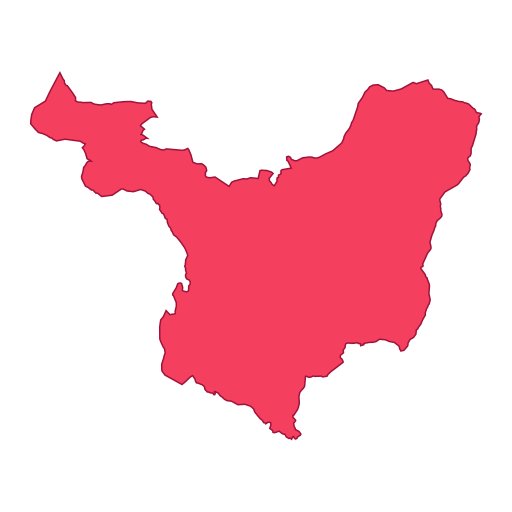 outline of Albac, Alba, Romania
{"feature_id": "2599482B24206442274336", "entity_name": "Albac", "entity_type": "district", "adm_level": 2, "iso_a3": "ROU", "parent_name": "Romania", "parent_adm1": "Alba", "projection": "mercator", "projection_center": [22.961, 46.463], "detail": "fine", "context": "isolated", "style": "filled", "palette": "rose", "viewbox_px": 512, "rotation_deg": 0, "n_neighbors": 0, "source": "geoboundaries", "source_scale": "gbopen_adm2", "svg_char_len": 6045}
<svg xmlns="http://www.w3.org/2000/svg" viewBox="0 0 512 512"><path d="M400.8,351.0L403.8,350.4L407.2,346.6L407.8,345.6L408.0,343.2L410.1,339.4L413.5,337.5L415.9,334.2L416.3,329.9L417.7,329.0L418.4,327.4L420.8,324.1L422.6,319.8L425.3,315.1L425.3,312.7L426.6,308.7L427.7,306.9L428.2,305.2L429.2,303.9L430.2,299.9L428.9,293.3L429.5,285.7L429.2,284.0L427.4,279.4L427.1,277.9L425.9,277.0L425.2,274.5L420.8,268.5L420.9,267.5L422.9,266.3L423.1,265.8L422.7,264.0L427.5,253.3L430.7,249.2L431.0,247.9L430.8,245.8L429.9,242.3L432.0,234.9L433.7,231.0L434.9,227.3L435.6,226.1L435.9,223.3L437.2,220.7L440.2,218.1L441.6,216.5L442.0,214.5L440.6,210.3L440.9,209.2L440.2,205.8L440.6,205.1L440.7,203.7L439.8,200.3L439.9,198.8L445.0,191.9L457.4,184.8L458.7,183.5L463.6,177.2L465.7,175.9L468.1,173.2L470.0,169.5L469.6,167.9L470.3,164.6L469.8,163.3L468.0,160.5L467.7,158.9L467.9,157.8L470.3,155.8L470.7,154.8L471.1,153.3L471.1,148.5L472.5,145.5L475.9,134.4L476.2,133.1L476.1,131.5L476.7,130.1L476.6,126.8L476.8,125.7L478.6,123.0L479.1,121.2L479.4,119.3L478.9,117.0L479.7,115.6L481.3,113.9L480.6,113.4L477.1,112.7L476.1,112.0L475.2,109.8L474.4,108.9L473.2,108.4L468.8,104.1L466.4,103.1L464.7,102.9L462.6,101.8L459.2,101.5L454.7,100.4L450.5,98.7L447.8,98.4L443.8,91.9L441.8,90.0L438.8,89.1L433.9,89.2L432.8,88.7L431.6,85.6L429.0,82.9L427.9,80.0L416.4,83.7L413.1,82.4L401.1,89.0L393.3,91.1L386.6,90.5L384.5,88.0L378.2,84.7L373.1,85.1L369.7,86.8L367.7,89.6L365.0,92.1L362.4,97.5L358.3,103.3L357.6,107.0L353.0,120.6L351.6,122.6L350.9,125.2L349.4,128.5L346.0,132.8L344.2,136.2L343.5,139.2L341.7,143.0L332.7,150.8L325.8,153.8L319.7,157.1L317.0,158.0L314.6,158.0L311.8,157.1L308.4,157.1L302.7,157.8L296.9,160.7L294.9,160.8L291.3,159.3L290.5,157.4L289.4,156.7L288.5,156.3L286.6,156.9L286.9,160.4L288.1,161.3L291.3,168.1L282.0,169.7L281.0,170.6L280.9,174.0L278.5,175.1L278.4,177.4L277.3,177.7L276.9,179.2L277.1,180.6L276.8,181.7L274.2,185.8L272.1,184.4L271.1,182.6L269.4,180.7L269.3,178.8L269.1,178.5L273.1,173.5L271.6,172.1L266.8,170.5L261.4,170.2L260.0,170.6L258.1,178.5L250.6,177.7L246.7,179.0L243.3,178.7L234.3,181.0L231.7,182.2L229.1,186.4L215.0,177.0L210.5,177.7L208.9,177.7L206.2,177.0L205.3,175.6L205.5,174.0L205.3,172.6L206.3,171.5L206.7,170.3L205.8,167.1L203.5,164.9L201.6,163.7L197.2,163.9L192.9,162.3L190.9,154.7L188.8,149.8L187.8,148.4L184.4,150.0L182.2,150.3L166.3,148.9L163.7,150.0L160.7,149.6L156.1,147.6L149.5,146.3L146.3,144.3L143.1,143.3L141.1,142.1L140.6,141.5L141.5,140.1L143.2,139.9L146.0,138.2L147.3,138.3L143.0,135.1L141.0,134.5L141.6,133.8L143.0,130.4L144.5,129.2L140.4,125.7L141.9,123.8L150.5,117.4L153.5,116.7L157.2,117.1L151.9,109.2L151.3,104.1L151.8,102.8L150.9,101.4L147.8,101.1L145.5,103.3L137.9,102.9L130.9,101.5L124.6,101.6L114.0,102.7L111.0,104.5L109.8,103.7L106.3,103.8L100.9,105.0L95.1,104.3L93.0,103.6L91.1,102.4L82.8,102.6L80.8,102.2L77.8,102.1L75.5,100.7L75.6,97.5L72.2,92.4L67.4,85.8L65.9,85.3L64.5,83.0L64.3,80.7L62.9,78.8L59.9,72.7L49.9,91.6L45.4,101.1L34.6,107.7L31.7,114.5L30.9,119.8L30.7,123.8L34.9,128.8L38.5,132.5L42.7,133.6L46.7,135.3L50.0,137.6L52.0,138.1L53.2,139.4L56.5,140.9L65.0,139.2L80.2,141.2L83.0,143.0L85.2,143.8L84.2,145.9L82.3,147.7L83.9,149.7L85.8,154.0L86.2,156.0L86.7,156.5L86.7,157.8L87.2,158.9L89.4,159.8L91.3,161.1L88.3,161.3L86.8,162.7L84.7,166.4L83.7,167.3L82.8,172.3L81.5,176.5L81.8,178.8L85.5,186.2L88.2,187.5L91.3,190.0L93.0,190.0L95.8,193.1L97.6,193.2L101.6,196.5L112.2,195.2L121.4,189.0L123.0,189.0L127.1,191.0L133.4,191.7L140.7,189.5L145.3,191.1L148.2,193.6L149.8,194.0L153.0,197.0L153.2,199.0L155.4,201.8L155.9,202.9L156.5,203.6L158.0,203.4L158.3,204.4L159.5,205.0L159.9,207.5L159.5,209.3L162.1,213.3L163.6,214.0L165.3,218.3L167.1,219.5L167.4,222.5L168.9,226.2L170.8,228.4L171.1,230.3L172.2,231.7L173.6,234.8L176.7,237.1L181.3,242.8L184.9,248.1L187.1,253.3L187.7,255.6L185.7,259.8L185.5,262.8L185.3,263.5L185.5,264.1L184.7,266.3L185.6,268.3L185.5,269.7L186.5,273.2L185.7,274.3L185.5,275.9L185.9,277.7L187.1,279.2L189.0,279.9L190.2,281.6L190.1,284.3L188.7,286.0L188.6,290.0L188.0,291.2L186.7,291.9L183.1,291.0L182.4,290.3L182.7,287.4L181.5,283.4L180.5,283.0L179.0,283.1L177.7,283.8L176.2,287.9L172.7,293.6L172.7,295.0L173.5,295.7L176.3,302.7L176.3,306.4L175.1,311.2L175.3,313.2L174.8,313.9L169.9,314.6L166.1,310.6L163.4,316.6L160.8,319.8L160.4,321.8L159.7,327.2L159.8,338.9L160.8,341.8L163.3,347.1L164.5,348.8L165.2,353.0L164.4,354.9L163.6,358.3L161.7,364.2L161.8,370.0L162.1,371.2L165.0,375.1L182.0,384.5L185.0,382.1L190.2,377.1L192.6,375.6L195.1,379.3L195.5,381.3L196.5,382.9L198.0,383.1L202.2,384.8L203.6,385.8L204.6,387.3L205.0,389.5L207.3,392.0L208.1,391.9L209.9,392.7L212.5,393.1L213.3,393.5L213.6,394.5L214.7,394.7L214.9,394.5L215.2,393.3L214.6,391.6L215.0,391.5L218.2,393.1L220.3,395.9L221.7,396.7L224.5,399.3L226.9,400.6L231.5,401.2L237.9,404.7L244.9,404.3L250.4,406.1L253.9,409.1L254.0,410.2L255.1,412.5L260.0,418.5L262.4,420.4L263.6,422.6L265.0,422.8L265.6,423.8L266.6,423.4L267.4,422.5L268.4,422.3L270.2,422.4L270.7,422.8L270.9,425.1L269.7,428.4L272.4,430.4L273.0,431.5L273.0,432.4L274.7,432.7L279.1,431.2L281.9,433.4L283.6,434.2L285.0,434.4L286.3,436.9L288.9,438.5L290.1,438.1L291.6,439.3L292.7,436.7L293.3,436.4L293.7,436.8L294.0,437.7L295.3,439.0L296.9,438.5L297.1,437.3L300.3,435.2L300.9,434.1L299.1,431.5L295.4,429.5L295.3,428.6L294.1,426.3L293.7,423.4L294.0,422.6L295.1,421.6L295.7,420.3L293.0,417.2L292.9,416.0L293.1,415.1L293.8,415.2L297.5,409.6L298.5,406.8L299.3,403.4L298.9,396.5L299.8,392.5L301.4,390.3L303.4,388.3L304.6,386.2L305.5,376.3L306.4,376.3L308.8,377.3L311.1,377.0L313.1,376.0L315.0,376.4L321.0,376.1L322.7,376.9L327.0,376.2L328.0,374.4L330.8,371.7L343.1,362.3L343.1,361.5L342.0,359.2L340.3,357.6L340.2,356.3L340.6,355.2L343.5,352.8L343.2,350.2L345.1,347.4L345.2,345.6L345.9,343.6L347.5,343.0L353.5,343.3L357.3,342.7L358.3,343.5L360.3,343.6L360.7,345.7L363.7,344.7L363.2,344.1L364.8,343.2L369.4,342.4L372.8,342.3L376.0,341.6L379.6,339.2L385.5,339.8L389.4,341.5L394.3,342.4L399.1,346.2L399.7,348.8L400.8,351.0Z" fill="#f43f5e" stroke="#9f1239" stroke-width="1.5"/></svg>